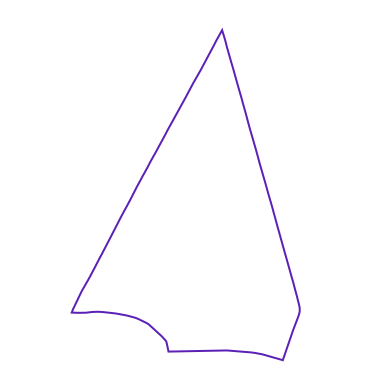 outline of Bang Rak, Bangkok Metropolis, Thailand, rotated 273°
{"feature_id": "78962969B21666986895715", "entity_name": "Bang Rak", "entity_type": "district", "adm_level": 2, "iso_a3": "THA", "parent_name": "Thailand", "parent_adm1": "Bangkok Metropolis", "projection": "robinson", "projection_center": [100.525, 13.728], "detail": "fine", "context": "isolated", "style": "outline", "palette": "violet", "viewbox_px": 384, "rotation_deg": 273, "n_neighbors": 0, "source": "geoboundaries", "source_scale": "gbopen_adm2", "svg_char_len": 1672}
<svg xmlns="http://www.w3.org/2000/svg" viewBox="0 0 384 384"><g transform="rotate(273 192 192)"><path d="M28.8,291.5L59.6,300.3L72.6,304.5L74.0,304.9L75.3,305.2L76.4,305.5L77.6,305.7L78.6,305.8L80.7,305.7L82.5,305.5L86.3,304.4L88.9,303.6L93.8,302.1L99.2,300.3L106.8,297.9L112.5,295.9L118.5,293.9L122.9,292.4L128.9,290.4L137.0,287.6L142.7,285.7L147.7,284.0L156.4,281.1L162.2,279.1L169.3,276.8L174.9,274.9L180.8,273.0L189.4,270.0L191.4,269.3L195.1,268.0L199.4,266.6L207.3,263.9L211.0,262.6L218.8,259.9L223.4,258.3L230.8,255.9L238.3,253.4L248.1,250.0L252.7,248.4L257.3,246.8L263.6,244.7L268.6,243.1L274.1,241.3L279.7,239.4L283.5,238.1L286.7,237.1L292.8,235.0L297.9,233.2L304.4,231.0L310.6,228.9L316.3,227.0L322.5,224.8L328.6,222.7L339.1,219.1L343.8,217.7L347.2,216.5L350.0,215.5L355.2,213.6L353.0,212.6L352.5,212.3L344.8,208.5L339.2,206.0L313.8,194.1L300.3,187.3L285.7,180.5L275.2,175.4L274.3,175.0L266.5,171.2L252.3,164.3L246.8,161.8L229.8,153.7L220.5,149.1L214.3,146.3L207.9,143.2L207.1,142.8L205.1,141.8L202.7,140.7L201.6,140.2L195.4,137.2L193.2,136.2L180.6,130.6L164.0,122.7L141.1,112.4L124.4,104.8L121.7,103.5L116.0,100.9L111.1,98.7L103.8,95.3L102.9,94.9L99.7,93.4L98.5,92.8L97.9,92.5L96.8,91.9L91.8,89.4L89.1,88.0L85.9,86.5L79.9,84.0L78.6,83.5L75.8,82.3L71.2,80.4L68.7,79.3L67.3,78.9L65.3,78.2L65.3,80.1L65.4,85.0L65.9,92.4L67.0,98.8L67.5,104.8L67.4,110.3L66.8,120.8L66.6,123.0L65.4,132.4L64.9,135.1L63.4,142.1L62.5,144.7L59.0,153.0L57.8,155.4L49.5,165.5L47.0,168.6L44.9,170.8L42.8,172.9L42.5,173.2L41.3,174.2L38.1,175.1L31.4,176.9L35.6,235.2L34.9,259.3L34.6,263.2L33.5,271.2L31.3,280.7L30.2,285.6L28.8,291.5Z" fill="none" stroke="#5b21b6" stroke-width="2"/></g></svg>